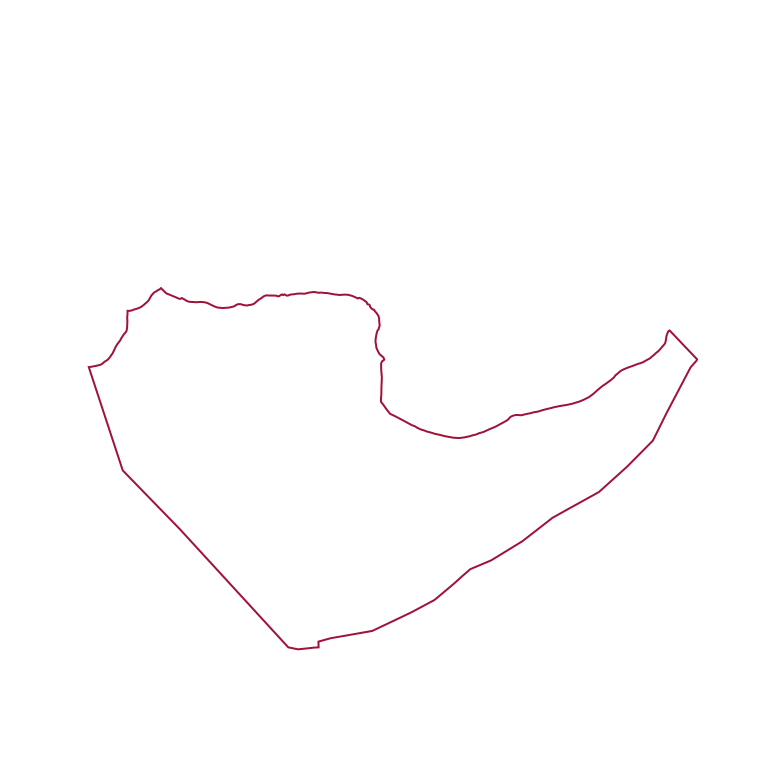 outline of Village, Laborie, Saint Lucia, rotated 140°
{"feature_id": "8701671B19884465022303", "entity_name": "Village", "entity_type": "district", "adm_level": 2, "iso_a3": "LCA", "parent_name": "Saint Lucia", "parent_adm1": "Laborie", "projection": "robinson", "projection_center": [-60.996, 13.749], "detail": "fine", "context": "isolated", "style": "outline", "palette": "rose", "viewbox_px": 768, "rotation_deg": 140, "n_neighbors": 0, "source": "geoboundaries", "source_scale": "gbopen_adm2", "svg_char_len": 4930}
<svg xmlns="http://www.w3.org/2000/svg" viewBox="0 0 768 768"><g transform="rotate(140 384 384)"><path d="M128.3,201.7L130.8,241.4L131.8,241.6L132.7,241.5L134.2,240.7L134.7,240.4L136.1,239.6L137.4,238.7L139.0,237.2L140.9,235.6L142.1,234.7L143.7,234.2L145.6,233.9L148.2,233.5L150.4,233.1L152.9,232.8L154.5,232.9L155.7,232.9L157.8,232.8L161.4,232.8L163.7,232.7L167.6,233.5L170.4,234.0L171.4,234.1L174.1,235.1L176.8,236.3L182.7,238.3L185.5,239.4L187.9,240.2L190.3,241.0L193.6,241.8L195.9,241.9L198.2,241.8L201.3,241.9L202.7,241.4L204.0,241.2L207.2,241.2L209.4,241.3L215.0,241.7L217.8,242.0L219.5,242.1L224.0,242.1L229.8,241.9L233.8,242.1L235.9,242.3L237.9,242.8L240.9,243.5L243.8,244.4L245.1,244.8L246.2,245.2L249.2,246.5L250.1,246.9L252.1,247.7L254.6,249.0L256.9,250.2L260.3,252.2L261.6,253.0L263.8,254.3L266.3,255.6L269.2,257.2L270.7,257.8L273.0,259.0L275.7,260.3L277.5,261.2L280.8,262.7L282.1,263.2L283.6,263.8L284.5,264.3L285.7,265.0L286.5,265.6L287.8,266.2L290.0,267.2L293.7,269.2L295.8,270.3L297.5,271.1L298.2,271.4L299.3,272.1L300.2,273.1L302.2,274.9L303.7,276.0L305.2,276.6L306.4,277.1L308.4,277.5L309.7,277.3L311.8,277.0L313.8,277.2L315.6,277.5L320.4,278.5L324.6,279.3L327.6,280.1L332.3,281.6L334.3,282.1L338.6,283.3L340.9,284.3L342.5,285.1L343.6,285.4L346.1,286.2L349.1,287.7L350.9,288.5L351.6,288.7L354.4,290.2L357.2,291.7L359.8,293.4L361.3,294.4L365.5,298.4L369.0,302.6L370.1,303.9L371.5,305.7L373.5,308.6L376.8,312.8L378.1,314.8L379.0,316.2L381.1,319.2L382.4,321.1L382.5,321.6L383.1,322.6L384.9,325.3L385.8,327.2L386.7,329.2L387.6,332.0L389.1,334.5L393.2,344.9L396.5,352.9L398.5,357.2L398.3,364.1L398.0,366.7L397.8,370.8L397.8,372.3L395.4,375.1L393.1,377.3L388.1,383.1L386.2,385.2L381.5,390.3L377.3,396.3L373.1,401.5L371.0,402.6L368.8,402.4L368.0,402.6L367.4,404.8L368.0,408.4L368.2,409.7L367.7,412.6L366.5,416.7L364.8,419.3L363.5,421.7L361.3,424.0L359.8,425.3L357.4,427.3L355.8,428.4L354.4,429.2L353.4,429.2L349.7,431.6L347.4,435.1L345.5,437.5L344.5,439.7L344.3,441.4L344.1,443.3L344.2,445.6L344.1,446.3L343.9,447.5L344.7,448.3L345.0,449.6L345.0,450.8L345.1,451.7L344.8,452.5L344.5,453.0L344.3,453.5L344.3,454.2L344.8,455.1L345.4,455.7L344.9,457.2L344.8,458.3L345.1,459.1L345.3,460.1L345.6,461.5L345.8,462.2L346.5,463.8L347.1,465.2L347.4,465.7L348.1,466.2L348.8,466.2L349.3,466.6L349.9,468.2L350.1,468.6L351.6,471.7L352.0,472.3L353.9,475.1L356.2,477.4L357.2,478.1L357.7,478.5L359.3,479.7L360.7,480.6L361.8,481.8L363.0,483.1L364.4,484.5L365.3,485.6L366.9,487.5L367.7,488.6L368.2,489.2L369.5,490.6L370.3,491.3L371.2,492.1L372.1,493.1L372.6,493.6L373.1,494.2L373.9,494.8L375.1,495.6L376.0,496.6L376.8,497.5L378.1,499.1L378.6,499.6L379.3,500.1L380.7,500.9L381.4,501.4L382.3,502.0L383.3,502.5L385.7,503.6L386.1,503.8L387.3,504.6L387.7,505.0L388.2,505.5L389.1,506.3L390.1,507.2L390.9,507.8L391.8,508.5L392.6,509.1L393.7,509.7L395.5,510.8L396.1,511.1L396.9,511.8L397.3,512.1L397.6,512.3L398.4,512.6L399.0,513.0L400.3,513.3L401.5,514.1L401.8,514.4L402.7,516.7L403.4,516.8L404.0,516.9L404.3,517.2L404.5,518.1L405.6,518.5L407.7,518.7L408.6,519.0L409.0,519.7L410.0,521.1L412.1,523.1L414.8,525.3L415.5,525.9L415.9,526.4L417.6,527.8L419.7,528.5L422.4,528.6L426.5,529.1L431.5,529.0L432.5,529.2L434.5,529.9L437.1,531.5L438.2,532.0L439.9,533.6L441.5,535.7L442.3,537.1L442.9,537.7L444.6,539.0L446.8,539.7L448.0,539.6L449.5,540.1L450.6,540.6L452.1,541.4L453.5,542.1L458.4,545.6L460.4,547.6L462.2,549.4L463.4,551.2L465.0,554.5L466.4,557.7L467.3,559.7L468.5,561.4L469.9,563.0L471.9,564.9L475.8,567.7L476.8,568.9L478.0,569.9L479.7,571.5L480.9,573.0L481.7,574.4L482.4,576.7L483.1,578.4L483.7,579.9L485.1,580.0L486.3,581.2L487.7,584.2L491.2,590.9L492.5,593.4L492.8,596.0L493.1,599.6L493.2,600.8L494.1,600.8L494.5,600.8L495.1,600.7L496.1,601.0L497.0,601.3L498.8,601.3L500.0,601.7L500.7,601.8L502.3,601.8L502.9,601.7L503.6,601.5L504.6,601.5L505.1,601.4L507.4,600.5L510.3,599.4L512.6,599.1L515.1,599.1L517.5,599.0L518.7,599.1L520.0,599.1L522.2,599.6L522.9,599.8L525.0,600.5L528.5,602.1L529.3,602.2L530.7,602.9L531.7,603.4L532.2,603.8L532.6,604.2L533.4,604.9L535.4,602.6L536.7,601.3L538.2,599.8L539.3,598.2L539.8,597.6L541.8,595.3L544.6,592.3L546.9,590.3L548.7,589.6L549.1,589.6L550.7,589.4L552.9,588.8L555.3,588.1L556.8,587.5L558.0,587.0L562.9,585.9L565.1,585.1L566.1,584.8L566.9,584.4L568.9,583.4L572.6,581.8L573.5,581.6L574.1,581.5L576.8,580.7L577.2,580.6L580.2,580.2L584.3,580.7L585.3,580.6L586.0,580.6L587.2,580.7L588.5,580.9L589.2,581.2L591.8,582.4L593.3,583.2L594.8,584.0L597.2,585.4L599.3,586.7L630.5,508.7L639.7,485.7L633.7,403.8L626.6,243.8L620.4,236.0L614.2,231.8L606.7,226.8L605.0,225.5L603.4,224.3L599.8,228.8L588.0,223.4L557.1,205.5L551.7,202.4L510.2,191.6L484.1,186.1L459.1,186.1L448.2,186.5L436.9,186.7L415.2,180.0L378.9,174.6L357.6,173.8L340.9,173.2L322.6,169.7L288.7,163.1L254.3,164.3L251.3,164.4L214.5,167.8L205.7,171.6L186.5,180.0L138.4,199.7L129.5,201.0L128.3,201.7Z" fill="none" stroke="#9f1239" stroke-width="2"/></g></svg>